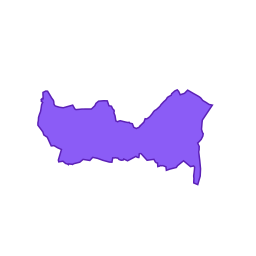 outline of Demsa, Adamawa, Nigeria, rotated 36°
{"feature_id": "59680162B45761287530482", "entity_name": "Demsa", "entity_type": "district", "adm_level": 2, "iso_a3": "NGA", "parent_name": "Nigeria", "parent_adm1": "Adamawa", "projection": "natural_earth1", "projection_center": [11.987, 9.411], "detail": "fine", "context": "isolated", "style": "filled", "palette": "violet", "viewbox_px": 256, "rotation_deg": 36, "n_neighbors": 0, "source": "geoboundaries", "source_scale": "gbopen_adm2", "svg_char_len": 2769}
<svg xmlns="http://www.w3.org/2000/svg" viewBox="0 0 256 256"><g transform="rotate(36 128 128)"><path d="M193.6,97.1L193.9,94.1L193.3,90.6L192.2,88.4L190.9,87.9L188.2,85.8L184.6,79.9L183.5,77.9L182.8,59.9L179.7,61.3L176.5,61.4L172.3,61.8L169.0,60.9L166.8,60.9L164.0,61.2L160.7,61.6L154.0,62.3L153.3,66.8L150.7,70.4L147.4,68.6L145.4,68.2L144.1,70.5L143.2,74.6L143.3,74.9L143.7,76.1L142.3,79.0L141.9,80.2L142.1,82.1L142.0,83.4L141.5,85.6L141.0,89.7L141.1,91.8L140.4,95.1L140.1,96.5L139.4,98.0L139.1,99.5L139.2,102.2L139.0,106.1L138.2,108.7L137.6,109.8L136.4,110.4L136.8,111.7L137.1,112.7L137.4,113.4L137.3,113.9L137.4,114.4L137.4,114.9L137.2,115.2L137.1,115.3L137.1,115.6L137.1,115.9L137.1,116.3L137.0,116.6L136.9,116.8L136.8,118.2L136.5,118.6L136.5,119.0L136.8,119.6L136.6,119.9L136.4,120.0L136.5,120.7L136.5,121.0L136.3,121.5L135.5,122.5L135.1,123.5L132.3,124.1L129.0,122.0L126.5,123.0L126.0,122.9L125.7,122.7L124.5,123.7L122.8,124.5L117.4,126.7L116.4,128.0L116.0,129.0L114.0,129.4L110.3,125.7L108.4,124.5L107.6,123.9L107.0,122.6L106.3,121.8L105.4,121.7L104.1,121.4L101.8,120.1L99.5,121.2L95.3,118.2L92.5,120.1L91.3,121.1L88.4,123.6L87.6,126.9L88.1,129.5L87.3,133.8L87.2,134.2L79.8,139.6L75.1,143.7L74.6,143.8L74.0,143.8L73.5,143.7L69.8,142.0L63.7,149.7L60.3,151.5L56.4,152.9L55.7,152.9L54.2,152.3L52.2,150.1L51.4,149.5L48.6,148.6L41.3,145.5L40.6,145.9L39.7,146.5L38.3,149.2L39.6,151.0L41.1,152.8L41.9,153.8L42.1,154.6L41.3,154.5L41.0,156.0L42.1,156.7L42.0,157.2L44.0,157.5L44.3,159.6L44.7,160.5L45.4,161.8L46.1,163.1L47.1,165.1L47.7,166.5L48.3,168.8L49.4,172.0L50.6,173.9L51.0,174.5L52.1,176.8L53.5,178.7L58.3,180.2L61.4,181.2L64.0,183.1L68.1,182.9L71.1,184.6L73.9,186.2L76.4,187.6L78.6,185.7L80.0,185.6L82.5,185.4L86.8,184.5L90.5,194.9L91.9,196.1L94.9,193.1L98.3,193.4L100.2,192.7L101.4,192.7L101.3,191.7L101.6,191.7L102.3,191.2L103.1,190.8L103.6,190.5L104.1,190.2L104.6,190.1L105.0,188.9L109.1,184.0L110.1,179.8L116.2,176.7L116.7,172.5L121.1,170.5L126.7,168.9L127.2,168.7L132.8,166.6L135.1,165.1L133.2,161.2L134.7,160.1L135.2,159.5L136.1,159.1L137.5,158.3L139.3,158.7L141.4,158.1L142.9,156.8L142.8,155.6L145.8,155.0L146.9,154.8L151.1,146.3L152.4,146.2L152.6,146.3L153.3,146.0L153.7,145.8L154.1,145.5L153.2,143.7L152.3,142.5L152.7,141.7L153.5,141.1L154.3,141.2L158.1,142.0L162.4,142.9L167.4,138.1L170.1,139.4L171.4,139.5L172.5,139.0L174.8,141.7L176.0,140.2L176.3,139.3L177.2,138.9L178.4,137.9L181.5,137.1L183.9,139.7L185.1,138.0L185.9,136.8L190.3,131.5L190.2,129.4L192.2,121.9L201.3,122.5L203.4,120.1L204.9,120.5L206.3,122.8L207.4,124.7L209.3,128.2L211.0,130.1L212.9,133.0L213.5,133.8L217.7,132.8L214.7,124.5L210.7,118.4L205.3,112.3L199.2,105.7L198.4,103.9L197.2,102.2L196.5,101.1L193.2,99.2L193.6,97.1Z" fill="#8b5cf6" stroke="#5b21b6" stroke-width="1.5"/></g></svg>